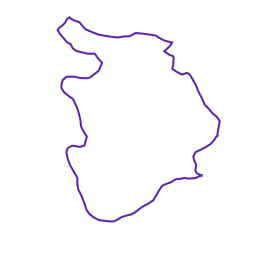 Jalilabad District, Cəlilabad, Azerbaijan (Equal Earth projection), rotated 282°
{"feature_id": "54616110B78302808254353", "entity_name": "Jalilabad District", "entity_type": "district", "adm_level": 2, "iso_a3": "AZE", "parent_name": "Azerbaijan", "parent_adm1": "Cəlilabad", "projection": "equal_earth", "projection_center": [48.474, 39.245], "detail": "fine", "context": "isolated", "style": "outline", "palette": "violet", "viewbox_px": 256, "rotation_deg": 282, "n_neighbors": 0, "source": "geoboundaries", "source_scale": "gbopen_adm2", "svg_char_len": 1715}
<svg xmlns="http://www.w3.org/2000/svg" viewBox="0 0 256 256"><g transform="rotate(282 128 128)"><path d="M224.1,47.8L221.7,45.7L217.6,44.4L214.6,42.6L212.0,40.1L209.4,38.7L206.0,41.7L202.2,46.7L199.2,50.4L198.1,54.5L194.5,57.4L192.6,61.3L192.5,66.4L192.3,73.4L193.8,79.9L189.8,84.4L186.3,89.1L178.0,87.5L173.6,83.8L169.6,80.5L168.1,77.4L167.0,71.4L167.0,64.8L165.4,57.3L161.1,54.0L155.4,54.0L153.0,54.7L149.8,57.9L146.7,63.8L144.9,68.2L136.9,74.2L132.2,76.8L125.6,79.9L120.1,81.6L116.3,84.4L111.0,89.5L101.8,89.0L99.5,85.1L99.2,77.4L96.7,74.1L96.0,73.2L91.9,72.7L86.0,75.1L79.7,79.0L74.7,83.4L68.8,88.8L62.5,90.1L57.5,92.2L51.6,96.9L44.8,101.3L39.8,104.1L36.8,107.0L36.0,108.0L33.4,113.2L31.8,119.1L32.4,124.3L32.8,129.5L33.8,133.8L35.9,136.5L39.4,140.1L42.0,144.6L43.9,148.7L46.7,152.3L51.4,156.1L55.1,159.7L57.4,162.7L60.8,166.1L62.9,168.1L65.0,168.5L68.9,170.0L71.9,170.8L78.5,173.4L80.7,176.1L82.5,179.1L84.3,181.8L87.2,184.6L88.3,186.8L89.4,190.6L90.9,193.3L91.1,197.8L93.1,204.6L95.6,207.7L97.1,210.9L97.1,208.7L98.0,204.8L100.2,202.8L106.4,202.2L110.6,199.2L113.7,197.8L118.5,199.1L122.9,205.0L126.4,208.9L129.3,211.9L133.7,214.6L137.2,215.9L139.1,217.3L139.6,216.8L146.8,216.5L153.7,216.4L157.4,212.5L159.9,207.7L163.9,202.5L167.0,198.0L172.6,194.0L177.5,189.9L184.7,185.0L188.1,181.9L192.9,177.6L194.2,174.3L191.5,169.6L193.1,163.9L195.0,159.0L199.5,159.0L206.0,158.1L207.7,157.1L208.1,153.6L210.6,147.6L217.0,152.1L220.8,153.4L220.7,151.8L221.1,145.6L222.1,141.5L224.2,135.7L223.9,129.6L223.3,122.2L222.5,115.7L218.1,110.5L216.7,105.0L214.4,99.3L213.4,87.2L213.2,79.9L214.4,72.5L215.6,66.4L217.7,63.0L221.4,58.5L222.0,52.6L223.6,48.3L224.1,47.8Z" fill="none" stroke="#5b21b6" stroke-width="2"/></g></svg>